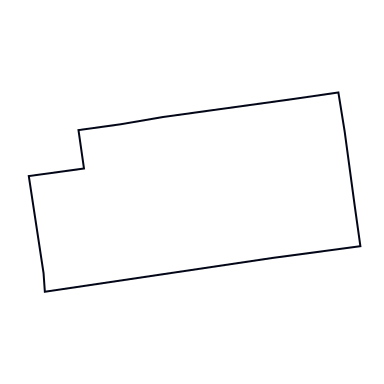 Taylor, Wisconsin, United States of America, rotated 172°
{"feature_id": "52423323B25022971195144", "entity_name": "Taylor", "entity_type": "district", "adm_level": 2, "iso_a3": "USA", "parent_name": "United States of America", "parent_adm1": "Wisconsin", "projection": "robinson", "projection_center": [-90.47, 45.206], "detail": "fine", "context": "isolated", "style": "outline", "palette": "ink", "viewbox_px": 384, "rotation_deg": 172, "n_neighbors": 0, "source": "geoboundaries", "source_scale": "gbopen_adm2", "svg_char_len": 341}
<svg xmlns="http://www.w3.org/2000/svg" viewBox="0 0 384 384"><g transform="rotate(172 192 192)"><path d="M351.4,230.5L350.3,132.3L351.6,113.7L121.9,115.5L32.8,114.9L32.8,153.8L32.4,230.5L33.2,270.2L77.8,270.0L165.7,270.2L210.4,270.3L253.3,269.0L295.8,269.1L295.7,230.3L351.4,230.5Z" fill="none" stroke="#020617" stroke-width="2"/></g></svg>